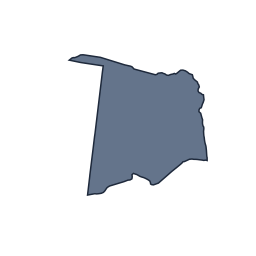 the district of Serra Preta, Bahia, Brazil, rotated 30°
{"feature_id": "56859067B53303266645960", "entity_name": "Serra Preta", "entity_type": "district", "adm_level": 2, "iso_a3": "BRA", "parent_name": "Brazil", "parent_adm1": "Bahia", "projection": "natural_earth1", "projection_center": [-39.348, -12.116], "detail": "fine", "context": "isolated", "style": "filled", "palette": "slate", "viewbox_px": 256, "rotation_deg": 30, "n_neighbors": 0, "source": "geoboundaries", "source_scale": "gbopen_adm2", "svg_char_len": 1816}
<svg xmlns="http://www.w3.org/2000/svg" viewBox="0 0 256 256"><g transform="rotate(30 128 128)"><path d="M212.8,116.6L211.4,114.2L210.4,113.1L208.7,110.6L206.9,107.9L206.0,106.7L205.0,105.3L204.0,104.2L202.6,102.9L201.4,101.6L200.2,100.1L198.9,98.3L197.5,96.7L196.2,94.8L195.1,93.1L194.1,90.8L193.1,89.3L191.8,88.6L190.5,87.2L189.4,85.4L188.5,83.6L187.0,82.3L185.1,80.4L183.6,78.9L181.3,78.4L180.4,76.7L180.3,75.1L181.3,73.8L180.9,71.9L180.5,70.2L180.3,68.1L179.7,65.5L178.4,63.8L176.7,61.5L175.4,61.9L173.5,61.5L171.8,61.8L170.1,60.9L169.3,59.1L169.2,56.8L167.7,55.3L166.2,54.6L165.1,53.5L163.3,53.2L161.4,52.9L159.6,52.3L158.5,51.1L157.1,49.7L154.9,50.1L153.5,50.3L151.7,49.9L149.1,49.8L146.6,50.4L144.7,51.6L143.8,53.9L143.1,55.9L142.3,57.4L140.8,57.6L139.9,58.8L138.2,60.3L136.7,62.2L134.9,62.9L132.9,62.7L131.1,63.1L129.8,63.2L128.5,64.1L126.7,65.5L126.2,67.1L125.1,68.2L103.8,73.9L102.5,73.5L100.8,73.0L99.3,73.2L93.5,75.0L68.8,80.6L54.3,86.3L52.4,87.1L50.3,88.5L49.0,90.8L47.7,92.5L46.7,93.7L45.3,94.5L44.4,95.5L43.8,97.1L43.2,98.6L54.4,94.9L75.5,86.6L77.8,92.2L89.3,119.1L101.6,147.9L102.4,149.8L103.3,152.1L107.5,161.9L118.4,187.6L119.3,189.6L126.5,206.3L132.1,201.5L133.7,200.8L135.0,199.9L136.3,198.9L137.6,197.8L138.9,196.0L139.4,194.0L139.5,192.1L139.7,190.0L141.0,187.5L148.5,179.5L151.4,176.4L154.0,173.2L155.7,172.0L156.8,170.1L156.1,168.2L154.8,166.4L155.4,164.6L157.2,164.3L158.8,163.9L161.0,163.9L162.6,163.9L164.3,163.6L166.3,163.1L168.1,162.9L170.1,162.8L172.0,162.8L173.6,163.1L174.7,164.1L175.6,165.2L176.9,165.2L178.5,164.5L181.9,160.5L187.7,143.5L188.4,141.7L191.3,134.1L192.2,131.5L192.5,129.7L193.6,128.9L194.9,127.1L196.8,124.4L198.9,122.9L200.7,122.2L201.9,121.5L203.5,120.7L208.5,118.6L209.8,118.2L211.3,117.0L212.8,116.6Z" fill="#64748b" stroke="#1e293b" stroke-width="1.5"/></g></svg>